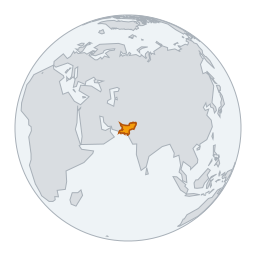 Baluchistan highlighted on a globe, orthographic projection, rotated 13°
{"feature_id": "PAK-1108", "entity_name": "Baluchistan", "entity_type": "Province", "adm_level": 1, "iso_a3": "PAK", "parent_name": "Pakistan", "parent_adm1": "", "projection": "orthographic", "projection_center": [66.028, 28.477], "detail": "medium", "context": "on_globe", "style": "filled", "palette": "amber", "viewbox_px": 256, "rotation_deg": 13, "n_neighbors": 0, "source": "natural_earth", "source_scale": "10m", "svg_char_len": 11657}
<svg xmlns="http://www.w3.org/2000/svg" viewBox="0 0 256 256"><g transform="rotate(13 128 128)"><circle cx="128" cy="128" r="113" fill="#eef3f6" stroke="#a8b0b8"/><path d="M151.8,17.9L158.0,19.6L163.4,21.2L160.3,20.5L172.1,24.5L178.8,27.7L169.8,23.6L167.7,22.9L171.5,24.7L170.2,24.5L171.3,25.3L169.4,24.9L164.3,22.9L163.0,22.8L165.8,24.1L165.6,24.8L161.7,22.8L161.1,24.0L152.4,21.5L143.5,17.8L137.2,17.3L124.2,16.0L123.9,16.3L118.7,16.5L116.5,17.0L114.7,16.9L114.4,17.5L116.5,17.5L117.0,17.8L115.9,18.2L113.4,18.0L113.6,17.8L112.3,18.0L111.6,17.8L111.3,18.1L108.4,18.1L109.5,18.8L105.8,19.3L104.4,19.2L106.8,18.3L109.5,16.9L109.2,16.9L117.7,15.8L126.3,15.4L134.8,15.6L143.4,16.4L151.8,17.9ZM90.6,21.8L90.2,21.9L94.2,20.6L97.3,20.1L94.4,21.2L89.9,22.8L87.2,23.5L85.1,24.3L85.7,24.7L78.7,27.3L70.7,31.7L69.2,32.5L69.8,31.7L73.4,29.5L81.9,25.2L90.6,21.8ZM167.5,22.6L165.3,21.8L167.9,22.7L167.5,22.6ZM171.8,25.5L172.8,25.9L173.0,26.2L171.8,25.5ZM98.7,19.6L98.0,19.8L97.8,19.8L98.7,19.6ZM100.7,19.1L101.0,18.9L102.0,18.7L101.8,18.8L100.7,19.1ZM170.2,26.0L170.1,26.5L169.3,25.6L170.2,26.0ZM100.2,19.5L103.7,18.3L105.4,18.0L106.2,18.3L100.2,19.5ZM169.4,26.6L169.2,28.2L171.5,29.1L164.9,27.8L167.3,26.7L166.0,25.3L167.9,26.3L169.4,26.6ZM117.6,17.3L115.4,17.3L118.3,17.0L117.6,17.3ZM119.3,17.1L127.5,16.2L130.3,16.6L127.0,16.7L131.4,17.2L128.7,17.7L125.7,17.6L124.4,17.2L124.3,17.8L119.3,17.1ZM161.3,26.9L160.5,27.1L160.4,26.6L161.3,26.9ZM117.5,17.9L118.9,17.6L121.4,17.9L119.0,18.5L119.0,18.2L117.5,17.9ZM133.8,17.1L135.3,17.6L133.5,18.1L133.8,18.4L128.9,17.8L133.8,17.1ZM117.8,18.4L117.7,18.9L115.5,19.2L116.3,18.2L117.8,18.4ZM123.0,17.7L124.1,17.9L122.7,18.0L123.0,17.7ZM107.7,20.9L109.3,20.3L110.7,20.3L107.7,20.9ZM117.9,19.1L118.6,19.0L119.4,19.0L118.9,19.5L117.9,19.1ZM127.9,18.3L126.9,18.5L129.9,18.6L128.7,19.2L125.6,18.7L126.4,19.2L126.0,19.4L123.9,18.8L127.9,18.3ZM120.6,20.1L116.3,20.0L112.9,20.9L111.6,20.8L117.2,19.4L120.6,20.1ZM122.7,19.4L121.1,19.7L120.2,19.3L120.8,18.8L122.7,19.4ZM128.9,19.8L131.6,19.0L132.2,19.1L128.9,19.8ZM119.8,20.4L120.8,20.4L119.7,20.5L119.8,20.4ZM126.3,20.0L127.2,19.7L127.8,19.8L126.3,20.0ZM122.2,20.9L120.9,20.8L121.2,20.4L122.2,20.9ZM124.3,20.5L124.9,20.8L122.2,20.3L124.5,20.3L124.3,20.5ZM126.8,20.2L127.4,20.2L126.3,20.4L126.8,20.2ZM121.7,22.5L118.2,21.9L118.9,21.0L122.3,21.7L121.7,22.5ZM18.7,127.5L19.7,108.6L21.9,104.2L24.3,97.2L41.1,83.6L42.5,87.3L53.3,91.5L54.3,93.2L50.7,98.1L56.9,109.8L61.7,106.5L69.7,114.0L76.5,116.0L83.0,106.3L71.9,102.7L72.3,96.9L83.0,95.4L93.1,98.9L93.5,96.9L89.1,90.6L93.4,87.8L87.8,88.2L88.6,90.8L85.2,91.3L84.2,89.0L85.8,88.0L83.3,86.2L76.5,92.0L76.6,95.2L68.9,93.8L68.3,99.1L65.6,100.6L65.5,92.2L67.0,89.7L65.3,79.7L63.0,82.1L64.5,91.8L63.1,90.5L60.1,94.3L61.4,90.4L60.4,79.6L54.7,78.2L44.1,84.9L41.6,83.7L41.0,79.8L48.3,70.3L53.2,74.0L55.9,71.2L57.8,65.4L59.2,67.2L60.6,65.4L62.7,66.7L68.7,64.3L71.3,65.3L76.4,60.5L78.5,60.5L74.8,63.3L73.7,66.0L80.6,69.0L82.7,68.5L85.5,65.2L87.1,66.7L88.9,63.2L94.2,63.7L89.2,60.3L92.4,56.9L97.1,55.3L97.3,53.7L89.6,56.4L87.3,58.0L86.8,60.4L79.8,65.0L76.8,64.9L80.7,58.1L77.0,57.3L81.7,52.8L99.7,47.7L105.7,48.0L109.8,55.2L106.7,56.9L103.8,55.0L103.9,59.8L105.2,57.9L106.4,59.3L109.8,56.8L110.8,57.7L112.2,54.0L113.9,54.8L113.0,57.1L119.3,54.6L123.6,55.8L124.5,54.8L124.3,53.5L129.8,56.2L130.3,55.4L128.6,54.1L128.4,51.8L130.2,48.9L132.1,50.0L131.6,51.2L133.5,55.5L132.1,58.8L133.1,59.0L134.7,56.4L132.4,51.1L133.0,49.1L134.5,51.4L134.0,50.4L134.9,49.7L137.4,50.2L135.9,47.6L142.9,40.2L148.5,40.8L149.1,43.4L155.9,40.4L161.7,41.9L160.1,40.7L162.4,38.9L160.6,38.3L160.0,37.6L164.9,33.5L167.4,33.7L167.8,31.2L167.0,30.6L165.1,30.3L164.9,27.8L171.5,29.1L173.0,30.2L176.1,30.5L179.0,33.1L182.8,35.7L184.1,38.8L187.0,40.9L187.9,40.8L192.5,43.8L198.9,50.6L189.7,45.2L179.4,36.5L183.2,39.9L181.2,39.3L181.9,40.7L184.7,43.3L185.8,43.5L184.3,49.7L188.8,58.2L191.3,56.4L194.7,58.0L202.1,67.8L204.1,84.4L208.7,87.9L210.2,91.0L208.9,93.9L206.7,89.5L203.7,88.9L202.7,86.1L199.8,89.8L198.2,86.0L196.8,91.0L199.3,93.5L202.4,91.4L201.9,97.8L207.3,101.6L209.9,107.9L207.4,121.6L201.8,127.4L201.9,129.6L198.7,128.2L195.9,133.3L203.1,143.0L203.5,146.3L198.3,154.4L197.9,152.0L189.4,148.3L188.9,156.5L195.4,161.2L197.6,168.0L193.1,167.0L190.7,161.1L187.7,159.5L187.7,152.6L183.7,143.1L179.1,146.2L178.7,142.0L172.5,134.4L165.5,138.4L154.8,150.9L154.5,161.5L150.3,166.4L142.1,151.9L140.1,141.6L136.2,142.7L128.6,134.0L112.8,132.8L111.4,130.0L108.2,131.0L103.1,127.7L101.3,122.9L97.8,122.8L102.7,135.2L106.6,135.5L111.1,131.4L111.6,135.7L116.7,139.8L107.9,149.1L85.9,154.7L85.2,146.6L76.2,121.9L77.3,119.6L77.4,119.3L77.3,118.7L75.0,122.4L73.9,117.5L77.1,134.4L77.0,141.1L85.5,155.1L84.4,156.2L87.6,159.2L99.6,158.1L99.4,160.7L92.8,171.6L77.3,183.8L80.3,194.1L80.7,201.9L73.0,204.7L75.7,210.7L72.1,211.3L73.2,214.3L71.4,216.4L67.6,217.3L59.1,213.5L57.0,210.7L50.3,203.3L40.3,186.4L40.7,180.7L39.3,174.9L33.3,159.0L34.5,152.5L33.3,148.5L30.6,147.3L29.4,142.5L27.9,141.2L20.0,135.2L18.7,127.5ZM32.8,92.7L31.8,94.6L32.8,92.7ZM102.2,108.4L109.2,110.0L108.7,102.8L111.3,102.9L110.2,100.5L108.6,102.2L106.2,95.9L110.2,94.5L110.7,91.6L108.3,90.9L101.4,94.5L104.8,103.5L102.1,105.9L102.2,108.4ZM63.3,36.1L60.4,38.1L62.6,36.5L62.3,36.6L66.5,33.7L68.6,32.8L66.9,33.6L63.3,36.1ZM72.6,29.9L69.8,31.6L71.8,30.4L72.6,29.9ZM66.2,55.4L66.0,57.1L63.7,58.7L60.4,58.2L63.7,55.8L66.2,55.4ZM66.2,59.2L71.0,53.1L73.3,53.5L71.2,54.3L72.2,55.1L69.1,56.6L66.5,63.3L64.4,65.2L59.4,62.7L62.2,62.4L62.3,60.6L66.2,59.2ZM79.4,39.6L81.5,37.7L83.6,40.8L81.4,42.2L78.0,41.6L78.6,39.5L79.4,39.6ZM101.0,20.5L101.6,20.1L102.3,20.1L102.3,20.4L101.0,20.5ZM108.3,20.6L98.7,22.4L99.0,22.0L93.1,24.0L91.5,23.7L95.4,22.3L89.8,23.8L92.7,22.5L88.7,23.7L97.6,20.7L100.0,19.8L97.9,20.8L99.3,21.1L100.6,20.9L106.1,19.9L111.9,18.4L114.1,18.7L114.2,19.3L113.2,19.7L112.0,19.3L111.5,20.2L109.0,20.0L108.3,20.6ZM113.8,30.2L112.9,28.9L111.3,31.8L108.8,31.1L108.8,31.5L106.1,31.7L102.8,32.7L102.0,32.2L101.0,32.8L99.2,33.1L97.6,33.8L95.6,33.3L93.6,34.2L93.8,33.4L90.7,35.3L92.1,33.7L89.9,34.1L89.7,35.4L83.0,31.8L79.1,32.1L75.0,33.3L78.0,30.8L83.7,28.2L90.2,26.3L93.5,26.7L94.3,25.6L96.1,25.6L94.7,26.4L97.9,25.1L99.0,25.3L104.8,24.5L108.7,22.8L110.9,22.6L109.9,23.4L112.8,22.7L112.5,24.1L114.1,24.0L115.4,25.5L112.7,27.3L114.7,27.1L115.8,28.5L113.8,30.2ZM122.0,23.0L119.3,24.9L116.6,25.6L115.4,22.8L114.0,22.6L113.2,21.1L117.1,20.3L117.0,20.8L117.8,21.0L116.2,21.2L118.0,21.3L117.9,22.0L119.3,22.3L118.1,22.8L122.0,23.0ZM56.8,92.0L57.8,92.9L59.7,93.6L57.8,96.1L56.8,92.0ZM56.0,84.7L57.1,84.9L55.3,88.5L54.3,87.8L56.0,84.7ZM59.2,82.1L57.3,84.6L57.7,82.8L59.2,82.1ZM76.0,63.4L77.4,63.6L77.0,64.4L75.5,65.3L76.0,63.4ZM108.6,39.7L108.5,38.6L109.3,38.4L111.3,36.1L113.3,36.6L112.9,38.2L108.6,39.7ZM80.3,107.5L77.4,108.9L76.8,107.6L77.9,107.4L80.3,107.5ZM66.4,102.5L68.9,105.0L65.9,103.1L66.4,102.5ZM111.1,39.8L111.7,38.8L112.4,39.7L111.1,39.8ZM114.9,36.8L115.9,37.7L113.8,36.4L114.9,36.8ZM131.8,237.8L133.4,238.2L131.4,238.2L131.8,237.8ZM98.9,203.9L94.9,215.8L89.8,215.0L87.6,211.1L88.2,203.6L93.7,202.3L96.1,198.9L98.9,203.9ZM216.6,176.4L218.6,175.7L218.5,176.2L216.6,176.4ZM214.7,176.0L217.0,174.9L214.1,177.1L214.7,176.0ZM217.9,174.4L220.3,172.3L221.4,171.0L221.1,172.0L217.9,174.4ZM213.0,176.8L203.0,180.8L198.9,181.1L200.1,179.1L206.8,177.1L213.0,176.8ZM199.7,179.1L193.1,176.6L182.8,165.2L186.5,164.6L197.1,170.2L196.4,171.9L200.4,174.3L199.7,179.1ZM214.9,164.7L214.2,169.3L208.9,171.2L206.4,171.5L204.7,166.6L205.7,163.4L207.8,162.7L215.0,149.5L217.7,150.7L215.7,156.0L217.9,158.8L214.9,164.7ZM155.1,162.4L158.1,168.2L155.7,169.5L155.1,162.4ZM217.2,141.1L214.8,146.9L216.8,139.8L217.2,141.1ZM217.9,134.9L218.4,137.0L217.0,135.4L217.9,134.9ZM202.5,132.7L200.3,134.0L199.9,132.5L202.5,129.8L202.5,132.7ZM211.9,113.2L213.2,117.9L213.3,119.7L211.6,117.3L211.9,113.2ZM129.0,44.6L124.0,47.1L121.7,49.6L122.5,52.1L119.2,49.9L122.8,45.9L129.0,44.6ZM141.0,40.6L140.3,38.7L142.0,39.0L142.4,39.5L141.0,40.6ZM139.6,39.8L136.0,38.5L136.5,37.2L139.2,38.4L139.6,39.8ZM123.4,38.7L121.8,39.3L121.3,38.5L123.4,38.7ZM215.6,198.8L216.1,198.1L215.3,198.9L200.6,211.9L198.3,212.8L200.8,210.1L202.3,204.3L203.3,204.0L205.0,199.2L214.7,190.5L222.2,178.6L225.5,176.7L229.2,168.3L231.9,165.9L229.9,171.8L231.2,172.1L235.6,158.7L233.5,167.5L230.0,175.8L225.8,183.9L221.0,191.5L215.6,198.8ZM221.4,174.1L224.4,169.1L225.8,168.0L221.4,174.1ZM238.2,151.4L237.8,152.9L237.5,151.6L236.1,156.3L233.7,159.3L234.6,156.5L234.6,153.9L231.4,156.1L230.7,154.7L232.1,152.2L229.6,152.7L232.4,149.5L233.3,152.7L234.7,148.1L236.7,146.4L238.2,145.3L238.8,146.3L238.5,148.0L238.3,150.9L238.2,151.4ZM231.9,158.5L232.3,158.1L231.8,159.7L231.9,158.5ZM239.1,145.1L240.0,139.4L240.1,138.9L239.4,144.3L239.1,145.1ZM240.0,137.8L240.2,137.1L240.2,138.5L240.1,139.2L240.0,137.8ZM226.3,159.4L226.2,160.7L225.4,160.3L226.3,159.4ZM227.4,158.0L229.7,157.5L227.2,159.1L227.4,158.0ZM219.3,159.0L220.1,161.3L222.8,158.1L220.8,161.7L222.3,165.1L221.6,167.1L220.1,163.4L219.2,168.7L218.0,169.2L217.5,165.3L218.9,159.5L220.1,156.6L224.7,153.0L219.3,159.0ZM227.5,154.7L226.9,152.0L227.3,149.5L228.0,150.7L227.5,154.7ZM224.5,145.6L222.2,143.0L220.5,145.5L223.5,138.2L225.3,141.8L224.5,145.6ZM221.9,138.4L220.4,140.6L221.7,136.6L221.9,138.4ZM219.8,139.6L219.2,137.1L220.6,136.7L219.8,139.6ZM222.8,138.0L222.4,133.4L223.5,135.6L222.8,138.0ZM217.6,131.5L221.3,134.3L217.1,134.5L215.2,126.0L216.8,124.9L217.6,131.5ZM215.2,92.2L213.8,90.0L214.8,88.6L215.5,90.5L215.2,92.2ZM216.6,83.0L214.6,87.6L212.7,91.7L214.1,92.2L215.2,96.7L212.2,93.8L212.2,88.0L213.9,85.7L212.6,82.1L212.8,78.8L210.2,75.0L209.8,72.7L212.7,75.6L216.6,83.0ZM209.0,73.4L204.5,66.5L207.1,65.9L208.7,67.3L209.6,70.6L208.2,70.7L209.0,73.4ZM204.2,64.7L202.8,64.8L193.2,56.6L191.8,54.8L200.5,60.3L199.6,60.7L201.5,63.0L204.2,64.7ZM161.7,27.6L160.6,27.2L161.8,27.3L161.7,27.6ZM159.0,37.4L158.4,36.5L159.8,36.5L159.0,37.4ZM157.6,34.1L156.4,34.6L156.9,33.6L157.6,34.1ZM153.9,36.1L155.6,34.7L155.1,36.7L153.9,36.1Z" fill="#d9dde1" stroke="#a8b0b8" stroke-width="1"/><path d="M132.9,121.7L133.5,121.1L133.8,121.1L134.1,120.9L134.3,120.9L134.4,121.2L134.5,121.2L134.5,121.9L134.7,122.0L134.7,122.3L134.8,122.1L135.0,122.0L135.1,123.3L134.8,123.5L134.6,124.3L134.7,124.5L134.8,124.4L134.5,125.2L134.1,125.6L134.1,126.0L134.4,126.3L134.3,126.7L134.0,127.0L133.9,127.5L133.7,127.7L133.8,127.9L132.2,128.0L131.3,128.9L130.4,129.2L130.1,129.8L129.9,130.3L130.0,131.7L130.5,132.6L130.5,133.1L130.4,133.5L129.7,134.7L129.2,135.0L129.2,134.4L128.9,134.1L129.0,134.0L128.9,133.8L128.6,133.6L128.3,133.7L128.1,133.9L128.5,133.7L128.8,133.9L128.8,134.0L128.4,133.9L127.3,134.2L126.9,134.1L126.6,134.1L126.4,134.2L125.7,134.2L125.6,134.3L125.7,134.5L125.5,134.4L125.4,134.3L125.2,134.4L124.6,134.1L124.7,133.9L124.4,134.0L124.5,134.0L123.6,134.1L123.5,134.4L122.9,134.3L122.7,134.3L121.8,134.2L121.4,134.4L121.5,134.6L121.3,134.5L121.4,134.4L121.1,134.3L120.9,134.4L121.0,134.5L120.6,134.5L120.4,134.7L120.5,134.3L120.1,134.3L120.3,133.2L120.6,132.3L121.1,132.1L121.4,132.1L121.4,131.8L121.7,131.7L122.2,131.5L122.9,131.6L123.0,131.1L123.1,130.7L123.3,130.6L123.0,130.3L122.5,130.4L122.3,130.3L122.4,129.9L122.3,128.9L122.3,128.4L122.0,128.4L121.7,128.0L120.9,127.7L120.3,127.1L120.2,126.7L120.0,126.3L120.0,126.1L119.2,125.1L121.9,126.1L123.8,126.0L124.7,126.2L124.8,126.0L125.3,125.8L126.3,125.9L128.4,125.2L128.5,125.1L128.3,124.9L128.5,124.5L128.5,124.1L128.4,123.8L128.6,123.2L128.9,123.1L129.1,122.7L129.4,122.5L129.6,122.4L129.7,122.6L130.2,122.6L130.9,122.4L130.9,122.2L130.7,122.2L130.8,122.0L131.2,121.8L131.5,121.4L132.1,121.6L132.2,121.4L132.4,121.5L132.6,121.8L132.9,121.7Z" fill="#f59e0b" stroke="#b45309" stroke-width="1.5"/></g></svg>